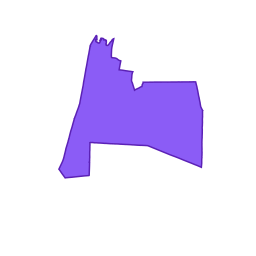 outline of Necsesti, Teleorman, Romania, rotated 308°
{"feature_id": "2599482B69205667822584", "entity_name": "Necsesti", "entity_type": "district", "adm_level": 2, "iso_a3": "ROU", "parent_name": "Romania", "parent_adm1": "Teleorman", "projection": "orthographic", "projection_center": [25.149, 44.256], "detail": "fine", "context": "isolated", "style": "filled", "palette": "violet", "viewbox_px": 256, "rotation_deg": 308, "n_neighbors": 0, "source": "geoboundaries", "source_scale": "gbopen_adm2", "svg_char_len": 5065}
<svg xmlns="http://www.w3.org/2000/svg" viewBox="0 0 256 256"><g transform="rotate(308 128 128)"><path d="M142.2,210.0L145.6,207.8L147.9,206.0L149.1,205.1L150.3,204.4L151.3,203.5L151.6,203.4L154.3,201.4L155.8,200.1L156.8,199.4L159.6,197.1L161.7,195.5L162.0,195.2L162.7,194.7L164.6,193.3L166.1,192.3L167.1,191.5L169.9,189.5L170.9,188.7L172.0,187.9L172.6,187.4L173.6,186.5L174.4,185.9L175.4,185.3L176.2,184.7L177.3,183.9L177.9,183.5L180.0,181.8L180.7,181.2L182.2,180.2L183.2,179.5L183.5,179.2L184.3,178.6L187.1,176.4L187.6,176.1L187.8,176.1L187.8,175.9L188.2,174.9L189.5,172.3L189.9,171.8L191.8,169.7L192.6,168.9L193.3,168.0L193.5,167.8L194.0,167.2L195.4,165.6L195.7,165.3L196.6,164.1L200.7,159.5L202.1,157.7L202.5,157.4L202.8,157.0L203.5,156.1L205.6,153.4L206.0,152.9L204.4,150.8L203.7,150.0L200.2,145.6L199.2,144.3L197.2,141.8L196.3,140.7L195.7,139.8L193.9,137.7L191.1,134.1L188.6,131.0L186.7,128.5L184.3,125.5L183.1,124.0L182.5,123.2L180.4,120.5L179.7,119.7L176.6,115.8L175.5,114.4L173.4,111.7L173.0,112.0L172.3,112.3L172.1,112.4L171.9,112.4L171.2,112.4L169.9,113.1L169.2,113.4L169.1,113.2L168.7,113.0L168.3,112.8L167.4,112.4L166.1,111.9L165.9,111.8L163.2,110.4L161.8,109.9L162.5,109.0L163.7,107.2L164.1,106.7L164.6,105.9L166.1,103.8L166.6,102.9L166.7,102.6L166.9,102.2L167.1,102.1L167.8,101.3L168.1,101.1L168.6,100.8L168.8,100.7L169.7,100.1L170.5,99.6L171.0,99.2L172.6,98.2L173.4,97.8L173.7,97.7L174.8,97.3L175.3,97.2L174.1,95.0L173.4,93.9L172.4,92.1L171.9,91.3L170.4,88.5L168.4,85.2L172.5,83.0L176.5,81.0L176.5,80.9L176.2,80.3L176.0,79.9L175.9,79.5L175.8,79.1L175.7,77.5L175.8,76.8L175.7,76.3L175.5,75.3L175.3,75.1L175.2,74.8L174.9,74.2L174.1,73.0L173.9,72.6L173.5,72.0L173.5,71.9L173.5,71.7L173.7,71.3L173.8,71.1L174.0,71.0L174.4,70.7L174.8,70.4L174.9,70.2L180.1,66.5L181.9,65.5L183.9,64.5L188.0,62.6L188.3,62.4L188.9,62.2L189.2,62.0L189.6,61.8L189.3,61.6L188.5,61.6L188.4,61.5L188.3,61.3L188.2,61.3L187.8,61.2L187.4,61.4L187.1,61.4L186.9,61.3L186.7,61.3L186.3,61.5L186.1,61.5L185.9,61.5L185.7,61.4L185.4,61.3L185.2,61.3L184.9,61.3L184.4,61.2L183.2,61.4L182.9,61.4L181.0,61.3L180.7,61.2L180.4,61.0L180.3,60.8L180.1,60.6L179.9,60.1L179.9,59.9L179.9,59.7L180.1,59.5L180.5,59.3L180.5,59.2L180.6,58.8L180.7,58.7L181.1,58.8L181.3,58.7L182.0,58.3L182.2,58.2L182.4,58.0L182.7,57.8L182.9,57.5L183.2,57.4L183.4,57.2L183.5,57.1L183.4,56.8L183.3,56.7L183.5,56.6L183.7,56.4L183.7,56.2L183.5,55.9L183.2,55.7L183.1,55.3L182.9,55.1L182.7,54.9L182.6,54.7L183.0,54.5L183.2,54.4L183.2,54.0L183.2,53.7L183.2,53.2L183.1,52.9L183.0,52.7L182.4,52.5L182.3,52.4L182.4,52.2L182.4,51.7L182.0,51.4L181.9,51.4L181.9,51.5L181.8,51.8L181.7,52.0L181.4,52.5L181.2,52.6L181.0,52.3L180.8,52.0L180.7,51.9L180.4,51.9L180.5,52.0L180.6,52.3L179.7,52.7L179.2,52.6L178.6,52.9L178.2,53.0L177.6,53.2L177.4,53.1L176.9,52.6L176.6,52.0L176.6,51.8L176.8,51.7L176.8,51.3L176.8,51.2L176.6,51.1L176.5,50.9L176.6,50.7L176.4,50.1L176.3,49.8L176.3,49.6L176.4,49.4L176.5,49.4L176.7,49.5L176.8,49.4L176.8,49.2L177.0,48.8L177.2,48.4L177.3,48.3L177.4,48.2L177.5,48.1L177.9,48.1L178.0,48.1L178.0,48.4L178.0,48.5L178.2,48.9L178.4,49.1L178.5,49.2L178.9,48.7L179.6,48.2L180.1,47.7L181.0,47.1L181.2,46.8L181.3,46.7L181.4,46.4L181.4,46.2L181.1,46.0L180.8,46.1L175.0,46.7L170.9,47.2L170.5,47.3L169.8,47.5L169.3,47.6L169.2,47.7L169.3,48.0L169.2,48.1L168.9,48.1L168.5,48.1L168.4,48.2L168.2,48.3L165.4,49.8L164.6,50.2L162.6,51.3L159.9,52.6L159.4,52.9L156.7,54.3L152.8,56.4L149.7,58.0L149.0,58.3L145.7,60.1L141.6,62.3L140.3,63.0L136.8,64.8L133.9,66.5L130.5,68.2L129.9,68.5L129.4,68.8L127.2,69.9L122.5,72.3L120.2,73.5L117.4,75.0L115.8,75.5L114.9,75.9L114.0,76.2L113.8,76.3L108.4,78.0L105.3,79.1L105.1,79.1L104.9,79.1L102.0,80.1L101.9,80.0L101.4,80.4L100.6,80.7L96.9,82.2L94.1,83.4L90.3,84.8L86.2,86.6L83.4,87.9L83.1,87.9L82.4,88.3L81.7,88.5L80.5,89.1L73.5,91.8L71.7,92.7L70.4,93.3L67.9,94.4L66.2,95.2L64.8,95.8L63.5,96.3L61.7,96.9L61.4,97.0L57.9,97.8L56.1,98.2L53.0,98.9L52.8,99.8L51.5,103.9L50.0,109.2L50.2,109.3L50.3,109.4L54.6,114.0L63.2,122.9L66.5,126.5L66.9,126.5L68.1,125.6L74.3,121.1L76.7,119.3L77.1,119.0L77.2,118.9L77.2,118.7L77.3,118.7L77.3,118.4L77.5,118.4L77.8,118.4L78.2,118.2L79.6,117.1L80.4,116.5L80.8,116.3L82.2,115.2L83.3,114.3L85.9,112.3L86.7,111.8L87.9,110.9L88.1,110.7L89.0,110.1L89.4,109.7L91.0,108.6L93.0,107.0L93.5,107.4L94.3,108.5L94.6,108.8L95.0,109.5L95.2,109.8L95.5,110.3L95.9,111.0L96.9,112.2L97.6,113.3L98.0,113.9L98.3,114.3L99.0,115.3L100.1,116.9L100.3,117.2L100.7,117.8L101.6,119.2L102.4,120.2L102.9,121.0L103.3,121.6L105.0,124.1L105.6,124.9L107.2,127.1L107.6,127.8L107.8,127.9L108.3,128.6L108.5,128.9L109.3,130.0L110.4,131.7L111.3,132.9L111.5,133.3L112.8,135.1L113.1,135.6L114.2,137.1L116.1,139.8L116.3,140.1L117.6,142.1L118.0,142.6L118.8,143.8L120.5,146.3L121.0,147.0L121.4,147.6L121.9,148.3L122.2,148.7L122.6,149.2L125.5,153.3L126.3,154.6L126.5,155.3L132.4,176.2L132.6,177.0L132.8,177.6L133.6,180.2L134.4,182.7L135.5,186.3L137.1,192.1L137.8,194.5L138.4,196.5L138.9,198.2L139.2,199.2L140.4,203.5L141.0,205.4L141.5,207.3L142.2,210.0Z" fill="#8b5cf6" stroke="#5b21b6" stroke-width="1.5"/></g></svg>